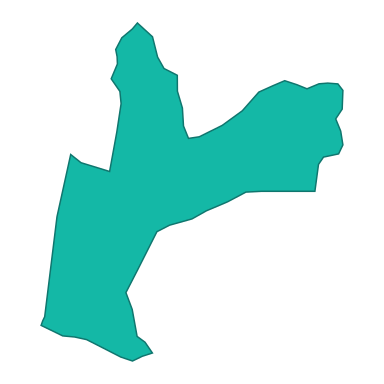 map outline of Kamwenge (Robinson projection)
{"feature_id": "UGA-3368", "entity_name": "Kamwenge", "entity_type": "District", "adm_level": 1, "iso_a3": "UGA", "parent_name": "Uganda", "parent_adm1": "", "projection": "robinson", "projection_center": [30.551, 0.184], "detail": "fine", "context": "isolated", "style": "filled", "palette": "teal", "viewbox_px": 384, "rotation_deg": 0, "n_neighbors": 0, "source": "natural_earth", "source_scale": "10m", "svg_char_len": 892}
<svg xmlns="http://www.w3.org/2000/svg" viewBox="0 0 384 384"><path d="M137.4,23.0L152.5,36.8L157.6,57.1L164.0,68.5L177.3,75.3L177.4,91.2L182.4,108.0L183.5,126.0L188.5,138.4L199.2,136.8L222.2,125.4L242.3,110.8L258.8,92.1L273.2,85.6L284.7,80.7L296.9,84.7L307.0,88.8L319.0,83.8L327.8,83.1L337.9,83.9L342.9,90.4L342.2,109.1L335.7,118.9L340.7,131.1L342.9,144.9L338.6,153.9L323.5,157.1L318.5,164.4L314.9,191.3L295.5,191.3L261.7,191.3L245.9,192.1L227.6,201.8L206.4,210.8L192.0,218.9L169.5,225.2L156.9,231.7L137.5,270.1L125.9,292.6L132.2,309.4L137.1,336.4L145.0,342.2L152.4,353.0L142.2,356.3L132.5,361.0L120.9,357.1L86.6,339.6L74.7,337.0L62.7,335.9L41.1,325.4L42.7,320.9L44.7,316.7L57.0,216.7L70.7,154.5L81.0,162.7L109.6,171.5L116.8,132.1L121.1,103.7L119.9,91.4L111.2,78.8L117.4,64.0L117.1,56.7L115.7,49.5L121.8,37.8L132.3,29.0L137.4,23.0Z" fill="#14b8a6" stroke="#0f766e" stroke-width="1.5"/></svg>